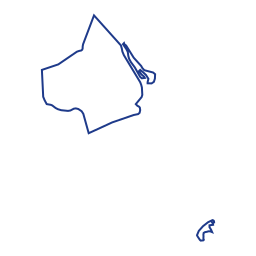 SVG path tracing the border of Sóc Trăng
{"feature_id": "VNM-508", "entity_name": "Sóc Trăng", "entity_type": "Province", "adm_level": 1, "iso_a3": "VNM", "parent_name": "Vietnam", "parent_adm1": "", "projection": "robinson", "projection_center": [106.207, 9.284], "detail": "fine", "context": "isolated", "style": "outline", "palette": "blue", "viewbox_px": 256, "rotation_deg": 0, "n_neighbors": 0, "source": "natural_earth", "source_scale": "10m", "svg_char_len": 1380}
<svg xmlns="http://www.w3.org/2000/svg" viewBox="0 0 256 256"><path d="M94.0,15.4L120.9,45.4L121.8,48.5L122.4,51.6L123.9,55.2L140.2,82.2L141.2,84.8L141.9,87.5L142.3,94.9L141.6,97.1L135.8,104.1L137.4,105.8L138.8,106.5L139.8,107.5L140.2,110.1L139.6,112.8L138.1,114.1L133.7,115.0L112.2,122.4L88.7,133.2L83.3,113.8L81.6,111.2L78.3,109.0L75.8,108.4L73.8,108.7L70.4,110.5L68.0,110.9L61.2,110.2L57.9,109.2L55.6,108.0L52.2,105.4L50.7,104.8L46.7,104.1L44.6,100.2L43.2,96.8L41.9,69.9L58.3,64.4L76.9,51.7L79.2,50.9L81.2,50.5L82.2,49.7L82.6,48.6L82.7,46.3L83.1,44.2L94.0,15.4ZM142.3,68.0L144.3,70.2L153.1,72.5L155.1,74.2L154.9,78.6L153.9,81.8L151.6,83.4L147.6,83.3L147.6,82.2L148.4,78.8L146.0,75.0L142.6,71.8L140.2,69.9L139.0,71.1L141.4,74.4L144.0,76.6L144.8,77.9L141.8,78.3L140.1,76.8L134.8,67.4L130.9,62.1L129.1,58.8L128.3,55.9L127.8,52.0L126.4,49.2L123.0,44.2L124.0,43.1L124.3,44.0L124.8,44.6L126.1,45.5L133.7,57.7L141.2,66.0L142.3,68.0ZM213.1,224.8L209.5,225.3L209.5,227.2L211.1,229.8L212.1,232.1L210.1,231.3L208.4,231.3L206.9,231.8L205.1,232.1L203.7,232.9L203.4,234.6L203.5,236.6L203.4,238.2L203.5,239.0L203.8,239.8L203.2,240.4L200.7,240.6L199.9,239.9L197.5,236.3L197.0,235.2L198.8,230.9L203.0,226.2L208.1,222.2L212.5,220.1L213.1,220.3L213.7,220.7L214.0,221.3L214.1,222.4L213.6,222.5L212.1,222.4L212.8,223.5L213.0,224.0L213.1,224.8Z" fill="none" stroke="#1e3a8a" stroke-width="2"/></svg>